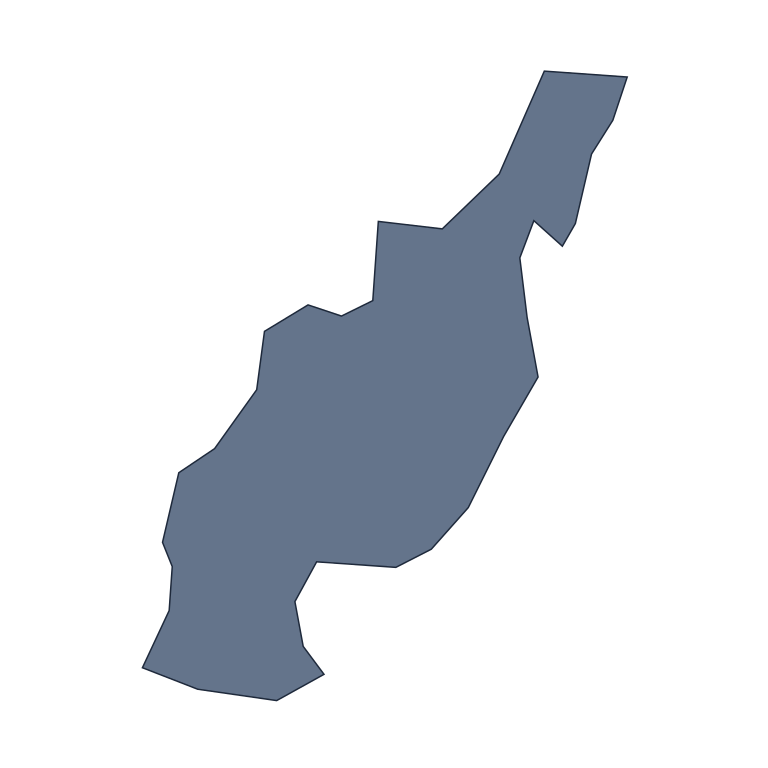 map outline of Cesu (Natural Earth projection), rotated 94°
{"feature_id": "LVA-1080", "entity_name": "Cesu", "entity_type": "Municipality", "adm_level": 1, "iso_a3": "LVA", "parent_name": "Latvia", "parent_adm1": "", "projection": "natural_earth1", "projection_center": [25.407, 57.239], "detail": "fine", "context": "isolated", "style": "filled", "palette": "slate", "viewbox_px": 768, "rotation_deg": 94, "n_neighbors": 0, "source": "natural_earth", "source_scale": "10m", "svg_char_len": 587}
<svg xmlns="http://www.w3.org/2000/svg" viewBox="0 0 768 768"><g transform="rotate(94 384 384)"><path d="M60.7,245.9L60.8,162.8L104.9,174.1L140.1,193.0L210.6,204.3L234.1,215.7L210.6,245.9L248.7,257.3L307.5,245.9L366.3,230.8L428.0,261.0L501.4,291.3L545.5,325.3L566.1,359.4L566.1,438.8L607.3,457.7L651.4,446.3L677.8,423.6L707.3,469.0L701.5,548.5L683.9,605.2L625.0,582.5L580.9,582.5L557.4,593.9L486.8,582.5L460.3,548.5L398.6,510.6L339.8,506.9L310.4,465.3L319.2,431.2L301.6,401.0L222.2,401.0L225.2,336.7L166.5,283.7L60.7,245.9Z" fill="#64748b" stroke="#1e293b" stroke-width="1.5"/></g></svg>